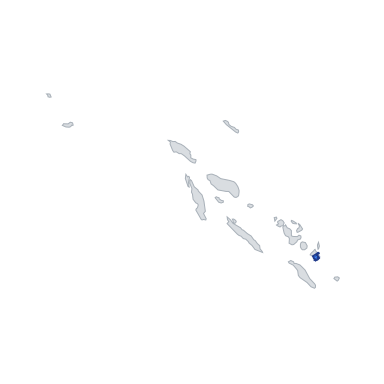 location of North Vella la Vella, Western, Solomon Islands, rotated 189°
{"feature_id": "97153195B19966779892851", "entity_name": "North Vella la Vella", "entity_type": "district", "adm_level": 2, "iso_a3": "SLB", "parent_name": "Solomon Islands", "parent_adm1": "Western", "projection": "orthographic", "projection_center": [156.59, -7.704], "detail": "fine", "context": "in_parent", "style": "filled", "palette": "blue", "viewbox_px": 384, "rotation_deg": 189, "n_neighbors": 0, "source": "geoboundaries", "source_scale": "gbopen_adm2", "svg_char_len": 5964}
<svg xmlns="http://www.w3.org/2000/svg" viewBox="0 0 384 384"><g transform="rotate(189 192 192)"><path d="M149.5,193.6L155.8,198.3L158.5,197.9L166.7,198.1L171.6,201.5L174.4,203.0L176.0,206.0L178.0,206.7L179.2,208.2L179.8,211.0L176.8,212.4L175.0,212.8L170.2,211.8L165.7,209.7L156.6,209.3L152.3,208.7L150.9,207.9L149.6,206.8L147.4,204.2L145.8,201.1L145.5,199.3L145.4,196.0L146.0,194.7L147.7,193.5L149.5,193.6ZM178.4,166.1L185.4,174.8L185.1,176.3L184.1,177.3L183.8,180.2L184.7,181.3L186.6,181.9L189.8,185.0L191.2,190.0L192.5,191.7L192.6,195.3L195.6,200.4L195.8,202.8L195.5,203.9L194.3,203.2L190.6,197.5L186.4,195.0L185.9,193.9L181.6,190.6L178.8,184.9L175.8,175.0L177.3,172.6L173.8,167.8L174.0,166.5L176.5,166.7L177.0,166.2L178.4,166.1ZM152.6,170.2L153.4,172.9L149.6,170.5L146.7,167.5L138.4,164.2L136.7,162.6L135.2,162.3L130.9,159.6L126.7,157.8L123.5,154.5L122.0,153.9L119.4,151.3L116.8,149.6L115.9,146.5L113.4,144.3L112.8,143.3L120.8,145.1L124.4,148.6L127.6,150.5L128.7,151.9L131.5,153.8L134.0,154.0L136.6,156.0L138.9,156.5L140.7,157.5L152.4,166.3L151.0,168.5L152.6,170.2ZM205.1,226.5L208.6,228.2L210.7,227.9L213.8,229.2L216.1,228.5L217.6,230.0L221.2,236.0L221.1,237.9L223.5,239.3L221.5,239.5L218.7,238.8L216.5,239.3L214.2,238.1L210.3,237.4L207.0,236.0L200.0,231.6L200.1,229.4L198.9,228.3L198.6,225.6L196.1,224.7L193.2,224.6L192.9,223.3L193.5,221.0L195.7,221.1L198.4,222.1L205.1,226.5ZM85.0,137.0L85.9,138.1L83.7,139.8L80.7,138.9L80.0,137.4L78.0,137.7L73.9,136.8L68.2,132.7L62.2,124.9L56.5,120.5L55.4,119.2L55.2,117.0L56.0,116.1L59.6,117.0L64.2,120.6L71.9,124.3L73.9,126.2L75.3,130.8L76.5,132.1L80.6,135.6L85.0,137.0ZM92.8,163.5L94.6,165.9L96.7,171.2L96.3,173.0L94.8,173.1L94.4,174.2L92.4,171.6L89.7,170.9L87.8,169.4L87.0,164.3L85.4,163.9L81.0,164.4L79.6,166.1L77.6,165.6L77.2,164.1L77.5,162.6L80.2,161.1L80.7,159.2L83.4,156.0L85.0,155.5L88.1,156.6L88.5,161.2L89.6,162.7L92.8,163.5ZM172.2,266.9L170.2,267.9L168.4,267.4L167.0,266.6L166.0,264.4L163.6,263.0L160.2,262.4L158.4,260.9L156.0,260.5L155.4,259.3L155.6,258.0L156.0,257.4L158.2,258.0L168.6,263.9L172.2,266.9ZM62.0,154.2L61.5,154.6L60.5,153.0L59.8,152.5L59.8,150.8L56.9,148.0L56.7,146.0L58.4,144.1L60.6,145.2L62.9,147.6L65.5,148.4L64.9,150.0L62.6,152.9L62.0,154.2ZM76.5,158.8L75.3,160.0L72.1,159.8L69.8,156.8L69.8,154.6L71.7,152.6L73.9,152.2L75.1,153.0L76.3,154.7L76.7,156.9L76.5,158.8ZM102.7,176.3L99.8,178.6L97.8,177.8L96.1,175.9L97.0,172.9L98.7,172.3L99.6,171.2L102.6,172.1L103.4,172.6L101.5,174.1L102.6,175.2L102.7,176.3ZM329.6,239.3L325.0,239.9L323.1,241.9L320.8,241.6L320.0,239.9L320.0,239.1L321.3,239.2L322.0,237.6L323.4,236.8L326.7,236.5L330.5,237.5L329.6,239.0L329.6,239.3ZM200.7,204.3L200.8,208.5L198.7,206.2L197.6,207.0L196.7,205.9L197.0,201.1L195.6,196.4L196.8,196.9L200.7,204.3ZM82.1,177.1L82.1,177.5L80.5,176.7L77.0,172.8L77.6,171.5L80.8,169.0L81.8,168.6L82.7,170.2L81.9,172.5L80.9,173.1L80.5,175.3L82.1,177.1ZM161.5,185.7L164.0,186.1L168.3,190.0L167.3,191.1L165.3,190.5L164.6,190.7L163.9,189.4L161.7,188.3L159.7,188.2L159.5,186.8L161.5,185.7ZM133.5,189.2L130.2,188.8L129.2,187.8L130.4,186.3L131.9,185.4L133.2,186.3L134.7,186.5L134.8,188.4L133.5,189.2ZM37.6,130.3L34.7,131.0L33.0,130.1L33.7,127.8L34.7,126.7L38.3,128.7L37.6,130.3ZM147.9,171.5L146.6,171.8L144.5,170.8L143.7,169.8L144.1,168.3L145.3,167.7L146.6,168.7L146.8,169.8L147.9,171.5ZM351.0,266.1L348.6,266.5L347.6,266.4L346.0,263.8L347.3,263.3L349.1,263.5L349.6,265.0L351.0,266.1ZM89.4,178.5L89.4,179.5L87.7,179.2L84.1,177.6L83.9,176.9L86.0,176.7L87.5,176.8L89.4,178.5ZM59.8,159.2L59.2,162.1L57.7,158.5L58.1,155.6L58.6,155.2L59.8,159.2ZM106.8,179.6L104.7,180.4L104.0,179.3L105.6,176.2L106.8,179.6Z" fill="#d9dde1" stroke="#a8b0b8" stroke-width="1"/><path d="M62.5,147.8L62.6,147.7L62.4,147.5L62.2,147.5L62.2,147.4L62.2,147.2L61.9,147.2L61.6,147.1L61.6,146.9L61.6,146.7L61.7,146.8L61.7,146.7L61.8,146.7L61.7,146.7L61.8,146.5L61.8,146.4L61.7,146.4L61.6,146.2L61.6,145.9L61.4,145.8L61.2,145.9L61.3,145.9L61.2,145.9L61.2,146.0L61.1,145.9L61.0,145.7L61.1,145.4L60.9,145.4L60.7,145.4L60.5,145.2L60.4,145.2L60.5,144.9L60.4,144.9L60.4,144.7L60.2,144.6L60.3,144.6L60.2,144.6L60.1,144.4L60.1,144.5L60.1,144.4L60.0,144.5L59.9,144.5L59.9,144.4L60.2,144.1L60.3,144.0L60.1,144.1L59.9,144.0L59.8,143.9L59.8,144.0L59.7,144.0L59.8,143.9L59.7,143.9L59.7,144.0L59.7,144.3L59.8,144.5L59.8,144.4L59.9,144.5L59.7,144.4L59.6,144.2L59.6,143.9L59.4,143.9L59.2,143.8L59.3,143.9L59.3,144.0L59.1,144.0L59.1,143.9L58.9,143.9L58.9,144.0L58.8,143.9L58.7,144.0L58.8,144.0L58.7,144.1L58.4,144.1L58.2,144.2L58.2,144.3L58.3,144.4L58.2,144.5L58.1,144.4L57.9,144.3L58.0,144.4L57.9,144.4L57.8,144.5L57.7,144.6L57.8,144.7L57.8,144.8L57.7,144.6L57.4,144.6L57.3,144.8L57.4,145.0L57.2,144.9L57.1,145.0L56.9,145.2L56.8,145.4L56.7,145.6L56.8,145.9L56.7,145.9L56.7,146.0L56.8,146.1L56.7,146.1L56.6,146.3L56.7,146.5L56.8,146.6L56.7,146.6L56.8,146.7L56.7,146.7L56.8,146.8L56.7,146.9L56.8,146.9L56.9,147.0L56.7,147.0L56.8,147.1L56.7,147.1L56.6,147.3L56.8,147.3L56.7,147.4L56.9,147.4L56.8,147.5L57.0,147.8L57.0,148.0L57.5,147.6L57.7,147.8L57.6,148.0L57.5,148.3L57.5,148.5L57.9,148.9L58.0,148.9L58.1,149.0L58.3,149.2L58.5,149.2L58.4,149.1L58.5,149.0L58.8,149.1L59.0,149.0L58.8,149.4L58.8,149.5L58.8,149.8L58.7,149.9L58.7,150.0L58.8,150.0L58.9,149.9L58.9,149.7L59.0,149.8L58.9,149.9L59.0,150.0L59.2,149.9L59.3,149.9L59.3,150.0L59.5,150.1L59.6,150.3L62.5,147.8ZM58.5,151.3L58.4,151.2L58.3,150.9L58.2,150.7L58.2,150.8L58.1,150.7L57.9,150.6L57.7,150.6L58.0,150.5L57.9,150.4L57.7,150.4L57.6,150.5L57.3,150.7L57.3,150.9L57.1,151.1L56.9,151.2L56.9,151.3L57.3,151.8L57.6,151.9L58.0,151.9L58.3,151.7L58.4,151.4L58.5,151.3ZM58.7,150.2L58.4,150.0L58.4,150.4L58.5,150.4L58.7,150.2ZM62.5,147.2L62.4,147.1L62.3,147.3L62.5,147.2ZM58.7,149.2L58.7,149.3L58.7,149.2ZM62.3,147.0L62.2,147.1L62.3,147.0ZM58.5,151.1L58.4,151.1L58.5,151.1ZM59.8,143.9L59.7,143.8L59.8,143.9ZM58.4,151.0L58.4,150.9L58.4,151.0L58.4,151.0ZM59.1,143.7L59.0,143.8L59.1,143.7Z" fill="#3b82f6" stroke="#1e3a8a" stroke-width="1.5"/></g></svg>